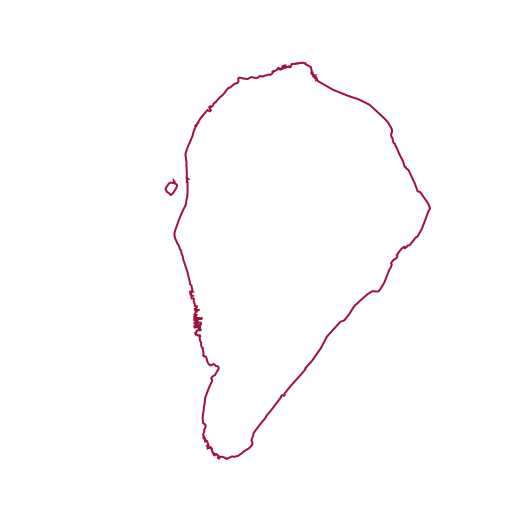 outline of Kota Tarakan, Kalimantan Timur, Indonesia, rotated 34°
{"feature_id": "22746128B97983454808676", "entity_name": "Kota Tarakan", "entity_type": "district", "adm_level": 2, "iso_a3": "IDN", "parent_name": "Indonesia", "parent_adm1": "Kalimantan Timur", "projection": "natural_earth1", "projection_center": [117.588, 3.341], "detail": "fine", "context": "isolated", "style": "outline", "palette": "rose", "viewbox_px": 512, "rotation_deg": 34, "n_neighbors": 0, "source": "geoboundaries", "source_scale": "gbopen_adm2", "svg_char_len": 6040}
<svg xmlns="http://www.w3.org/2000/svg" viewBox="0 0 512 512"><g transform="rotate(34 256 256)"><path d="M299.4,77.1L297.9,75.1L295.9,73.9L290.1,71.2L284.5,70.0L267.0,67.3L264.9,67.2L253.7,68.7L242.8,71.7L227.1,75.1L210.8,76.3L208.7,76.2L208.1,75.6L207.7,76.3L207.5,75.5L206.3,75.6L206.5,74.7L206.2,74.6L206.0,75.3L205.6,75.2L205.7,74.1L205.4,74.1L205.2,74.9L205.2,74.2L204.9,74.1L204.5,75.0L204.1,75.4L203.5,75.1L203.8,74.3L203.4,75.1L203.1,75.0L203.6,73.6L202.9,74.1L202.9,73.5L202.6,73.5L202.4,74.1L201.8,74.0L202.1,72.9L201.3,74.0L200.8,73.7L200.5,72.8L200.0,73.6L199.4,73.3L198.8,71.4L195.7,68.7L190.2,69.3L189.4,69.2L189.4,68.7L189.0,68.6L187.1,69.3L186.5,70.2L184.6,71.2L182.8,73.4L182.3,73.1L181.2,74.7L180.9,74.6L179.3,76.2L178.9,76.2L178.5,76.6L178.3,77.1L178.8,78.5L178.5,79.6L178.9,80.1L178.7,80.6L178.1,80.9L177.1,80.5L175.6,82.7L174.9,82.3L174.8,82.6L173.8,81.5L173.6,81.7L175.0,83.6L174.7,84.1L173.8,83.3L174.0,82.8L173.3,82.0L171.9,83.6L172.3,84.3L172.5,83.8L173.4,84.7L173.4,86.0L173.0,86.4L172.4,85.7L172.1,85.8L171.8,86.7L172.1,87.7L171.2,88.1L170.8,87.6L169.8,87.4L169.2,87.9L169.0,88.4L169.5,89.5L167.4,93.3L167.0,93.1L166.7,93.9L167.3,94.1L167.3,96.3L166.4,97.9L165.2,98.4L162.5,101.5L161.1,103.7L159.3,104.2L158.4,104.9L158.2,105.4L158.2,106.6L156.6,108.4L152.0,110.3L150.1,114.0L146.1,116.0L143.2,117.0L142.0,118.0L142.3,119.2L143.8,121.0L144.1,122.7L142.0,125.1L140.3,130.8L139.7,131.7L139.3,131.8L139.0,132.6L138.5,140.5L137.3,144.7L136.5,150.4L136.7,151.2L136.1,151.7L135.7,153.7L136.0,154.4L136.1,156.5L135.1,158.0L135.0,157.3L134.5,157.3L134.0,158.4L134.8,158.6L134.7,159.3L137.2,160.4L136.7,162.0L134.2,162.1L133.0,172.3L133.1,177.2L133.5,177.6L133.2,177.8L133.5,179.3L133.2,179.3L133.2,179.7L133.5,180.3L133.3,180.6L133.6,180.6L133.9,181.5L133.0,181.9L133.2,182.2L133.5,182.1L134.6,187.3L136.3,192.2L138.6,204.3L140.0,209.6L140.8,211.4L146.5,217.8L147.5,219.6L152.6,226.3L154.6,229.7L156.7,230.0L155.6,230.9L157.0,232.2L156.7,232.4L157.4,233.5L158.1,233.3L163.7,241.5L166.2,246.2L167.1,248.7L169.0,252.5L169.1,253.6L169.5,254.0L169.3,254.7L170.6,262.8L172.0,269.7L175.3,282.0L176.9,284.5L178.9,286.4L183.5,289.4L186.0,290.4L189.5,293.1L190.8,293.3L192.0,294.8L195.6,297.4L197.6,299.5L208.0,307.5L215.6,314.5L217.1,316.2L219.0,316.6L222.9,320.5L221.3,322.4L221.8,322.7L223.0,322.1L222.2,323.4L222.5,323.9L223.1,323.5L223.6,324.6L224.5,325.1L225.3,324.3L225.9,324.3L225.2,325.3L225.4,326.3L226.6,327.2L227.7,326.2L228.3,326.2L230.1,328.9L231.8,329.8L233.2,331.6L235.3,330.9L235.6,331.6L235.2,332.9L235.4,333.3L234.8,334.0L235.3,334.7L235.6,334.5L235.9,334.8L237.0,333.6L238.5,332.7L238.7,333.1L237.3,334.1L238.0,335.3L237.3,335.9L237.9,338.7L239.7,338.1L239.8,338.5L237.9,339.3L238.6,340.5L240.7,339.6L239.1,340.7L239.5,341.7L245.8,337.9L246.0,338.5L245.8,338.9L240.7,342.3L240.3,342.8L240.4,343.2L240.7,343.6L243.6,341.9L244.1,342.6L242.7,344.1L243.1,344.7L242.2,345.4L242.5,345.9L244.1,344.6L244.3,345.0L245.4,344.1L245.3,343.5L247.5,342.1L248.3,342.9L248.6,344.3L247.9,344.9L247.7,344.8L246.8,346.0L246.5,345.8L245.5,346.7L245.5,347.1L244.9,346.9L244.1,347.5L244.5,348.2L244.2,348.5L244.5,349.1L245.0,348.8L245.3,349.4L246.8,348.2L246.7,348.0L247.8,347.0L248.0,347.2L249.3,346.1L249.7,346.6L249.2,347.7L249.7,348.6L249.4,348.8L249.6,349.2L251.2,348.0L251.5,348.4L248.5,351.0L249.3,353.0L248.6,353.6L248.9,354.0L249.1,353.8L250.1,354.8L251.4,354.2L251.9,354.6L253.2,353.5L253.4,353.8L254.1,353.3L254.6,353.8L254.2,354.2L256.1,356.6L257.2,357.7L259.1,358.5L259.9,360.1L260.9,361.1L262.5,362.3L263.5,362.1L264.3,363.5L267.1,366.1L267.6,367.6L268.2,368.2L268.9,368.3L269.8,367.6L271.1,367.6L275.5,371.3L277.7,372.1L279.4,372.1L280.1,371.5L281.2,369.3L282.3,369.2L284.0,369.6L286.4,368.8L287.6,369.5L288.3,370.9L288.2,373.5L288.6,377.7L287.3,380.1L287.2,382.0L287.3,382.5L289.0,383.3L289.5,384.5L290.7,391.7L293.2,402.2L296.5,408.1L297.1,410.3L297.8,411.1L302.1,419.8L305.6,424.2L308.2,424.1L309.1,424.7L310.1,426.8L310.2,429.4L311.0,430.0L311.3,430.6L312.1,433.8L312.6,434.3L313.9,434.6L313.8,434.9L314.2,435.3L314.0,436.2L315.3,436.6L316.0,436.0L317.1,436.7L316.7,437.2L317.1,437.7L317.4,437.5L317.8,438.1L319.0,436.9L321.9,439.0L321.8,439.3L322.5,439.6L322.2,440.5L321.7,440.3L321.5,440.8L322.5,441.2L323.5,442.5L324.4,440.8L325.4,440.9L325.5,440.6L325.1,440.5L325.2,439.9L327.2,440.4L327.5,441.5L329.5,442.6L329.5,443.0L331.1,443.4L331.0,444.3L331.4,443.3L331.8,443.5L331.8,444.3L332.9,444.5L332.9,443.1L333.7,443.2L333.9,442.4L337.0,442.7L337.1,444.0L337.7,443.9L337.8,444.8L338.4,444.7L338.3,444.1L338.6,443.9L338.5,442.6L340.1,441.4L342.5,440.7L343.5,440.8L344.4,440.4L345.1,440.7L348.1,435.7L350.9,434.2L351.9,432.6L352.7,432.2L354.8,426.9L355.0,425.1L357.6,419.5L358.1,417.2L358.4,414.3L356.9,412.4L355.5,411.6L355.2,411.1L354.0,406.5L353.0,403.9L353.6,392.3L354.4,384.8L354.0,382.2L354.7,376.8L355.7,359.3L355.2,357.9L355.5,356.8L357.1,356.5L357.5,355.8L357.5,355.2L356.6,354.4L357.0,348.8L357.4,344.3L359.6,328.9L360.3,322.1L359.7,321.6L359.7,320.8L361.0,312.4L361.3,296.4L359.9,283.0L362.7,263.5L365.2,259.9L365.8,252.0L365.5,244.2L365.7,241.0L366.7,238.1L367.0,235.9L369.8,225.4L371.7,221.0L372.5,219.8L376.4,217.7L377.3,216.7L377.6,214.6L377.3,206.6L374.2,193.0L374.2,190.3L373.3,187.2L372.2,186.8L371.9,185.4L372.2,182.0L372.7,181.6L373.6,179.3L373.7,178.3L373.1,176.8L372.2,176.5L372.3,171.7L372.7,168.1L373.7,165.5L374.1,165.4L374.9,166.4L375.1,166.3L375.9,163.9L375.7,162.8L377.4,161.0L378.1,151.2L378.9,150.0L379.0,149.0L378.3,140.5L374.1,123.1L373.7,119.2L369.4,116.2L356.4,111.2L353.8,112.0L347.8,107.5L334.3,99.4L331.6,99.4L330.7,98.6L329.9,98.9L329.0,98.7L325.4,95.6L318.1,91.5L311.1,87.0L310.4,87.1L308.8,85.5L306.4,85.1L302.8,81.7L301.7,81.6L300.6,80.3L299.8,79.2L299.4,77.1ZM151.7,252.3L152.1,249.6L152.0,245.8L151.9,244.3L151.1,241.6L150.1,241.0L147.3,241.4L144.1,242.9L143.2,244.9L143.3,249.1L143.1,249.4L143.5,251.0L146.2,252.6L149.2,252.6L151.2,253.1L151.7,252.3ZM147.4,240.4L147.1,240.0L145.8,239.6L146.4,240.4L147.4,240.4Z" fill="none" stroke="#9f1239" stroke-width="2"/></g></svg>